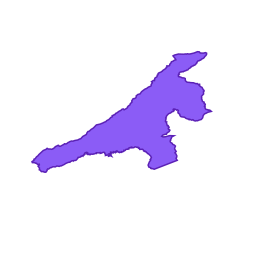 the district of Leoncio Prado, Huánuco, Peru, rotated 247°
{"feature_id": "86281439B17589046188801", "entity_name": "Leoncio Prado", "entity_type": "district", "adm_level": 2, "iso_a3": "PER", "parent_name": "Peru", "parent_adm1": "Huánuco", "projection": "equal_earth", "projection_center": [-76.069, -8.961], "detail": "fine", "context": "isolated", "style": "filled", "palette": "violet", "viewbox_px": 256, "rotation_deg": 247, "n_neighbors": 0, "source": "geoboundaries", "source_scale": "gbopen_adm2", "svg_char_len": 5994}
<svg xmlns="http://www.w3.org/2000/svg" viewBox="0 0 256 256"><g transform="rotate(247 128 128)"><path d="M119.4,35.1L120.4,36.9L121.2,37.2L121.7,38.0L121.2,38.9L121.8,41.0L121.5,41.9L121.7,43.7L120.6,45.9L120.8,47.7L119.5,49.7L119.5,51.2L119.2,51.7L119.4,55.5L119.7,56.6L119.7,59.2L119.5,60.5L119.1,61.1L119.5,61.8L119.7,63.7L119.3,64.8L119.0,64.8L119.2,65.3L118.7,66.9L118.7,67.9L120.0,70.4L120.4,70.5L119.9,72.7L120.0,73.5L120.3,73.6L120.0,74.5L120.4,75.1L120.2,75.9L119.9,75.9L120.4,76.6L120.3,77.4L120.7,77.9L121.1,77.6L121.4,78.2L121.5,78.1L121.8,78.4L121.9,79.7L121.7,80.5L121.2,80.4L121.2,80.9L120.9,81.1L120.5,80.2L120.4,80.5L120.0,80.3L119.7,80.9L119.3,80.7L119.1,81.1L119.2,81.9L119.0,82.2L119.0,81.8L118.2,82.5L118.2,83.0L118.5,83.6L117.5,85.6L117.6,86.2L117.2,87.3L117.4,88.5L116.9,89.0L117.5,89.4L116.6,91.2L116.3,92.7L115.5,92.5L115.2,94.1L115.4,94.5L115.1,96.4L114.2,96.9L113.3,96.6L112.6,97.1L111.5,96.5L111.1,98.8L110.5,99.3L109.6,99.0L109.4,101.0L108.5,101.8L109.8,101.6L110.0,100.7L110.4,100.9L110.5,101.5L110.7,101.1L111.6,100.5L111.5,101.5L111.7,102.2L112.4,102.5L111.6,103.0L112.1,103.5L111.6,104.3L110.8,104.5L111.0,105.2L111.5,105.4L111.1,105.6L111.2,106.9L110.5,106.8L110.9,107.4L110.7,108.1L111.1,108.1L111.2,108.5L110.4,108.4L110.7,109.2L109.7,109.6L109.1,110.2L109.3,110.4L109.0,110.8L108.7,110.7L108.5,112.3L108.8,112.7L108.5,113.2L108.2,113.0L108.2,114.6L108.5,115.0L108.4,115.5L109.0,115.6L108.5,116.7L109.1,117.6L108.9,118.6L108.5,119.5L109.0,120.3L108.4,120.6L109.3,121.5L109.1,122.9L108.9,122.5L108.7,122.6L107.6,125.7L107.9,126.6L107.8,127.4L106.7,128.7L106.4,129.7L105.3,129.7L105.2,130.5L103.7,130.4L102.8,133.0L102.3,133.4L101.6,133.4L100.8,133.9L100.6,133.6L99.8,134.3L99.8,134.8L99.2,135.0L98.8,135.5L98.3,135.4L97.5,136.0L96.8,136.0L96.5,136.6L93.4,137.9L91.7,138.0L91.3,137.3L90.5,136.9L90.4,136.1L89.4,136.1L88.6,134.6L86.0,132.0L83.9,131.9L82.5,133.4L81.9,133.2L81.5,133.6L80.8,135.0L79.8,136.0L79.0,160.7L81.0,160.3L81.6,160.7L82.2,161.5L83.3,162.1L86.0,161.9L86.8,161.5L87.6,163.2L90.3,162.7L91.3,163.1L92.8,164.6L94.2,164.0L95.4,162.8L96.6,162.7L98.1,161.6L99.0,161.5L99.7,161.8L100.0,162.5L100.6,162.6L101.5,163.8L102.3,164.3L102.7,165.2L102.9,167.2L104.7,163.4L105.3,159.2L105.8,157.5L106.3,156.6L107.2,155.8L107.9,157.5L107.7,159.7L107.3,160.9L107.6,161.0L108.3,162.4L108.6,164.4L109.6,165.7L110.0,165.3L110.5,165.4L110.9,164.8L111.6,164.8L112.3,165.1L112.4,165.9L112.7,166.2L113.7,165.7L114.5,165.9L114.8,165.1L117.6,165.4L118.5,166.0L118.8,165.2L119.7,165.1L120.9,166.2L121.6,166.2L122.1,166.9L123.0,166.9L123.2,167.7L124.1,168.2L125.3,171.0L125.2,172.7L125.4,173.9L125.8,174.7L125.5,175.7L125.9,177.2L126.3,177.3L126.5,176.6L126.9,176.6L127.5,176.9L127.6,177.8L126.9,178.4L126.7,179.0L125.4,179.8L125.5,180.5L124.5,181.2L123.2,180.1L122.5,180.2L122.1,180.0L120.4,181.0L119.2,180.7L118.0,181.0L117.4,181.6L115.8,184.3L114.2,185.1L112.8,186.7L112.5,187.4L112.0,187.4L112.0,187.7L111.6,188.0L111.8,188.3L110.2,189.9L110.4,190.8L110.2,191.1L108.9,191.7L108.1,192.9L108.0,193.9L107.5,194.8L107.5,196.8L107.2,198.8L108.2,200.7L110.1,202.1L111.1,203.9L111.1,206.2L111.3,207.5L110.7,211.2L112.2,210.5L112.8,209.8L113.0,208.9L113.5,208.8L114.8,207.0L115.7,206.7L116.8,206.9L117.3,207.3L117.8,206.8L118.1,206.8L119.1,208.2L119.9,208.4L120.7,207.6L122.0,208.2L122.9,207.3L123.7,206.9L124.9,207.2L126.0,207.0L126.9,207.7L127.4,207.6L128.5,208.1L129.8,210.9L131.9,211.6L132.0,212.2L132.9,212.7L134.0,212.2L136.5,212.0L137.6,211.0L139.3,210.2L139.6,210.8L140.3,211.0L140.6,209.8L142.0,209.0L142.1,208.0L144.0,206.0L145.4,203.2L146.1,202.2L146.6,201.1L147.2,200.2L149.1,199.3L151.2,200.0L152.2,199.1L153.0,197.5L154.2,196.5L155.4,194.8L155.7,195.0L156.2,194.6L157.1,195.2L157.4,196.0L157.7,195.6L158.9,197.0L159.1,198.1L158.7,199.0L158.8,199.7L158.2,200.6L158.4,200.8L158.3,202.2L158.4,202.8L158.1,203.5L158.4,204.4L158.1,205.7L159.0,207.5L158.9,208.1L159.2,209.4L159.8,210.0L159.6,210.6L159.9,211.3L159.7,212.6L160.0,212.9L159.8,213.8L160.0,215.0L161.0,216.4L161.0,216.9L161.5,217.0L162.5,218.9L162.1,219.7L162.3,220.6L162.1,221.5L162.6,222.4L162.7,224.5L163.1,225.8L163.7,226.4L164.3,228.1L165.2,229.2L166.2,229.6L167.1,228.8L167.5,226.5L168.8,223.8L170.2,223.4L171.1,221.8L171.2,218.2L171.9,214.1L172.3,212.9L173.2,211.5L173.2,210.4L173.7,209.9L174.2,208.0L176.4,203.3L177.0,199.2L176.8,197.6L173.0,198.7L172.1,198.7L172.3,197.3L171.9,195.5L172.0,193.8L171.2,193.1L170.3,191.3L169.5,190.9L169.2,190.4L169.4,189.2L170.0,188.1L168.9,187.6L168.9,186.9L168.0,186.1L167.4,182.6L166.8,181.7L166.9,181.0L166.6,180.3L166.7,178.1L166.4,177.0L165.3,176.4L165.2,175.5L164.1,174.9L163.7,174.3L163.6,172.7L163.0,171.9L161.3,170.9L161.9,170.0L161.4,167.7L160.4,168.2L160.1,168.1L159.0,166.3L158.4,166.2L157.6,165.4L157.7,162.8L157.1,160.4L157.2,159.1L156.9,157.6L156.1,154.6L154.7,152.5L155.0,150.1L154.3,148.0L153.7,147.9L152.8,147.2L152.5,145.5L152.8,145.0L152.8,143.7L152.2,143.1L151.5,142.0L150.3,141.8L149.5,139.6L148.6,139.0L148.1,136.8L147.5,135.7L147.1,135.6L146.6,134.4L146.3,131.5L147.4,131.1L147.6,129.8L147.0,128.3L146.9,126.3L146.1,122.9L146.3,122.4L145.4,121.0L145.7,120.4L145.4,119.5L145.6,118.3L144.5,118.0L144.4,116.3L143.3,113.8L143.1,111.3L142.5,110.0L142.6,108.7L142.4,105.8L142.6,105.2L142.4,104.4L143.2,100.1L141.5,96.1L141.1,93.5L140.2,91.1L140.4,89.7L139.4,88.1L138.3,87.2L137.9,83.1L136.6,80.3L136.8,78.9L136.6,77.1L137.3,74.1L137.4,72.1L138.1,70.9L138.2,69.0L138.0,68.0L138.1,67.3L137.6,65.8L137.6,64.5L138.3,63.4L138.0,62.6L137.6,58.6L138.1,57.6L139.2,57.3L139.4,56.6L139.2,54.6L139.3,54.3L139.1,53.4L138.6,52.9L138.3,50.8L138.0,50.5L138.2,50.0L138.3,49.2L139.0,48.3L139.8,46.4L140.9,45.6L140.4,44.3L140.4,41.2L138.4,35.6L137.6,34.2L137.2,32.5L136.0,30.6L136.0,29.2L134.9,28.7L134.7,27.0L134.5,26.4L133.5,26.4L132.5,28.7L131.9,28.9L131.2,30.1L129.8,30.4L129.5,31.0L129.4,32.1L128.7,32.0L127.9,30.3L125.8,30.9L124.2,30.0L123.5,30.7L121.7,31.2L120.9,33.2L120.2,33.5L119.4,35.1Z" fill="#8b5cf6" stroke="#5b21b6" stroke-width="1.5"/></g></svg>